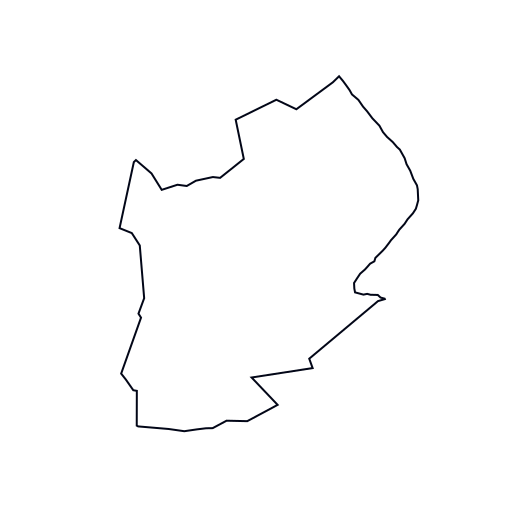 Bekwarra, Cross River, Nigeria, rotated 15°
{"feature_id": "59680162B86980115162892", "entity_name": "Bekwarra", "entity_type": "district", "adm_level": 2, "iso_a3": "NGA", "parent_name": "Nigeria", "parent_adm1": "Cross River", "projection": "albers", "projection_center": [8.932, 6.698], "detail": "fine", "context": "isolated", "style": "outline", "palette": "ink", "viewbox_px": 512, "rotation_deg": 15, "n_neighbors": 0, "source": "geoboundaries", "source_scale": "gbopen_adm2", "svg_char_len": 1281}
<svg xmlns="http://www.w3.org/2000/svg" viewBox="0 0 512 512"><g transform="rotate(15 256 256)"><path d="M339.7,349.6L334.0,341.4L385.5,268.0L391.6,264.3L391.3,263.9L390.6,263.9L387.1,263.9L383.7,262.1L376.7,263.8L373.2,263.8L369.8,265.5L364.5,265.5L361.1,265.5L359.4,262.0L357.7,256.7L359.4,251.4L361.2,246.1L364.7,240.9L366.5,237.4L368.2,233.9L371.7,230.5L371.8,226.9L377.0,218.1L378.8,214.6L381.3,208.5L382.3,205.8L385.9,198.8L386.5,196.8L387.6,193.5L391.2,186.5L392.9,181.3L396.5,174.2L398.2,169.0L398.3,165.5L398.3,160.2L396.6,154.9L394.9,149.6L393.2,146.1L388.0,140.8L382.9,133.7L377.7,128.4L374.3,123.1L370.8,119.5L367.4,116.0L363.9,114.2L358.7,110.6L351.8,107.1L346.6,103.5L341.5,98.2L332.8,92.9L325.9,87.5L320.7,84.0L314.5,78.7L306.9,75.1L303.5,71.6L298.8,67.7L294.8,64.5L289.7,60.9L285.3,68.3L257.0,103.8L235.2,99.8L201.1,129.6L219.1,165.4L201.1,189.8L193.9,190.9L178.5,198.8L171.0,206.3L161.7,207.5L147.8,216.5L133.7,203.3L115.2,194.4L113.7,196.9L117.0,264.4L130.1,266.0L141.0,275.9L158.9,325.7L157.4,342.1L160.9,345.3L156.2,404.5L162.1,408.9L172.2,417.4L175.8,417.1L184.7,450.7L186.3,451.1L216.4,445.7L232.1,443.8L243.7,438.8L252.4,435.3L258.7,433.5L270.2,422.7L290.3,417.8L315.4,394.2L283.2,374.5L339.7,349.6Z" fill="none" stroke="#020617" stroke-width="2"/></g></svg>